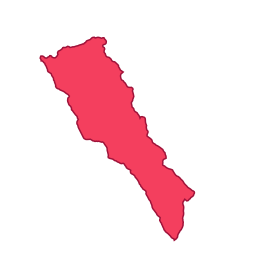 the district of Martinópolis, São Paulo, Brazil, rotated 315°
{"feature_id": "56859067B60497453686777", "entity_name": "Martinópolis", "entity_type": "district", "adm_level": 2, "iso_a3": "BRA", "parent_name": "Brazil", "parent_adm1": "São Paulo", "projection": "robinson", "projection_center": [-51.128, -22.2], "detail": "fine", "context": "isolated", "style": "filled", "palette": "rose", "viewbox_px": 256, "rotation_deg": 315, "n_neighbors": 0, "source": "geoboundaries", "source_scale": "gbopen_adm2", "svg_char_len": 5232}
<svg xmlns="http://www.w3.org/2000/svg" viewBox="0 0 256 256"><g transform="rotate(315 128 128)"><path d="M99.3,85.0L99.0,86.7L97.8,87.0L96.2,87.6L94.8,89.0L94.6,90.3L93.8,91.6L93.2,92.6L89.7,103.3L89.5,104.4L89.8,105.4L90.2,106.4L91.2,107.4L92.3,108.4L93.4,109.3L93.8,110.7L94.0,112.1L94.7,113.1L95.2,114.2L96.3,114.9L96.9,115.9L97.7,116.4L98.4,117.5L98.9,118.5L99.3,119.3L100.1,119.8L100.4,121.1L100.0,122.8L99.7,124.4L99.5,126.0L99.0,127.4L97.5,129.1L97.0,129.9L96.5,130.8L95.2,132.9L94.6,133.6L93.7,134.2L93.1,135.0L93.6,136.6L94.6,138.2L95.3,139.4L95.4,140.7L95.7,142.0L96.4,142.9L96.5,144.4L97.3,146.1L97.5,147.3L98.0,148.4L99.1,149.2L99.8,149.9L99.8,151.1L99.4,152.4L99.3,153.8L98.8,154.9L98.9,156.0L99.1,157.0L99.7,158.4L100.0,159.8L98.9,160.5L98.1,161.7L98.2,163.0L98.7,164.4L98.9,165.8L98.8,167.0L98.3,168.0L98.3,169.5L98.1,170.9L97.9,172.1L97.6,173.1L97.2,174.3L96.5,175.6L96.5,177.1L95.9,178.4L95.8,180.1L95.4,181.8L95.8,183.5L96.0,185.1L95.3,186.4L94.2,187.2L93.7,188.6L93.3,190.3L92.7,192.1L92.2,193.6L92.1,195.2L91.8,196.1L91.3,196.9L90.8,198.2L90.2,199.6L89.1,201.1L88.7,202.1L88.4,203.2L88.3,204.4L88.1,205.8L87.9,207.2L87.7,208.6L87.2,209.7L87.1,211.0L87.3,212.7L87.4,214.1L86.5,214.8L85.6,215.3L85.0,215.9L84.8,216.8L84.4,217.8L84.3,219.0L83.7,220.0L83.4,221.1L82.8,222.4L82.4,223.7L82.0,224.7L81.5,225.5L81.6,226.4L81.2,227.6L81.3,229.1L81.5,230.1L81.6,231.3L81.6,233.0L81.6,234.3L81.3,235.9L81.4,237.3L82.1,238.7L81.3,240.1L82.5,240.3L83.8,240.5L85.2,240.3L86.0,240.1L86.8,239.4L87.9,238.7L88.9,238.4L89.9,238.1L91.1,237.9L92.0,237.5L92.9,237.5L93.7,237.5L94.9,237.1L96.2,236.7L97.2,236.2L98.3,235.6L99.2,234.6L100.0,234.1L100.7,233.3L101.3,232.3L102.1,231.5L102.7,230.5L104.2,229.5L105.7,228.8L106.7,228.0L107.7,226.9L108.3,226.0L109.2,225.2L110.0,224.6L111.1,223.7L112.1,222.5L112.5,221.5L113.3,220.2L114.3,219.4L115.1,219.1L116.0,219.0L116.9,218.7L117.8,218.5L117.9,220.0L118.0,221.1L119.1,221.8L120.1,221.8L121.1,221.7L122.1,222.0L123.1,221.6L124.0,221.8L125.5,222.1L126.6,222.0L127.5,221.5L129.1,220.9L129.7,220.0L129.7,218.9L129.2,217.9L129.1,217.0L129.0,215.5L128.8,214.3L128.5,213.3L128.3,212.1L128.5,210.7L128.5,209.6L128.5,208.0L128.6,206.8L129.0,205.4L129.3,204.0L129.3,203.0L129.2,202.0L129.4,199.9L129.2,197.9L128.6,196.6L128.4,195.3L128.6,193.6L129.1,191.5L129.4,190.3L129.8,189.1L129.3,187.9L128.9,187.1L128.1,185.8L127.5,184.4L127.2,183.2L127.0,181.8L127.0,180.8L126.3,179.1L127.0,177.9L127.9,177.4L129.2,175.9L130.1,175.5L131.6,175.5L132.6,176.0L133.6,176.3L135.0,174.7L135.3,173.8L135.9,172.7L136.7,171.5L136.6,170.2L136.9,169.0L137.4,167.8L137.2,166.5L136.9,164.3L136.5,162.3L136.2,161.2L135.7,160.0L135.7,158.4L135.2,156.9L135.2,155.4L136.1,153.9L136.5,152.8L136.4,151.5L136.3,150.4L136.0,149.1L135.8,147.2L136.6,146.3L138.4,145.5L139.2,145.1L139.8,144.4L140.0,142.4L141.6,140.2L142.8,139.5L143.9,137.1L144.6,136.1L145.2,135.4L146.3,134.2L147.0,133.2L147.1,132.0L146.6,131.1L146.0,129.9L144.8,129.1L143.5,129.5L144.3,127.9L144.7,126.3L144.8,125.2L145.2,123.6L144.9,122.5L144.6,121.3L144.8,119.9L145.7,118.4L145.8,117.4L145.7,116.1L146.7,114.7L147.6,113.3L148.4,112.4L149.6,112.1L150.6,111.9L151.6,111.1L152.6,110.7L154.4,109.8L155.6,108.0L156.3,106.8L156.9,105.8L157.3,105.0L158.1,104.5L158.9,104.2L159.4,103.3L159.2,101.7L158.5,101.1L157.9,100.5L157.1,99.5L156.7,98.3L157.4,95.7L157.8,94.4L157.7,92.9L158.0,91.2L157.5,89.7L157.9,88.1L158.9,86.6L159.7,85.7L161.0,84.9L162.1,84.8L162.9,85.0L164.2,85.0L163.6,81.7L164.0,80.4L164.3,79.5L164.6,78.0L165.5,77.0L165.6,75.8L165.5,74.3L165.5,72.5L165.2,71.5L164.4,70.5L164.1,68.9L164.7,67.4L164.7,65.8L164.5,64.6L163.5,63.1L163.3,61.8L163.8,60.5L164.4,59.5L164.5,58.5L164.7,57.5L165.5,56.7L166.5,56.0L167.4,55.7L168.0,54.4L167.7,52.8L168.5,51.8L169.6,51.7L170.7,52.4L171.6,52.6L172.5,52.5L173.2,52.0L174.0,51.3L174.3,50.4L174.4,48.5L174.8,47.2L174.0,46.4L172.6,45.7L172.1,44.4L171.6,43.6L170.9,42.6L169.6,41.8L168.4,41.1L168.4,40.1L167.3,39.1L166.1,38.7L164.8,38.7L163.7,38.7L161.7,37.7L160.2,37.1L158.3,37.5L157.5,37.1L156.1,37.2L155.2,36.4L154.2,36.1L152.9,35.3L151.9,34.8L150.7,34.4L149.7,33.7L148.4,33.0L147.3,32.5L146.3,31.5L145.0,30.8L143.9,30.0L143.8,28.7L143.0,27.5L141.9,27.3L141.0,27.0L140.1,26.3L139.5,25.5L138.7,25.1L137.8,25.4L136.4,25.3L135.2,25.2L133.9,24.7L132.8,24.4L131.2,25.1L130.5,26.4L128.8,26.9L127.4,27.0L126.2,26.9L125.5,26.3L124.9,25.4L124.4,24.3L124.7,23.2L124.5,22.2L123.8,21.5L122.8,21.8L121.7,21.3L120.5,21.2L119.6,20.8L118.8,19.4L118.9,18.0L118.5,16.8L117.8,16.0L117.1,15.5L115.3,16.5L114.8,18.3L114.0,19.1L114.8,20.0L114.9,21.1L114.7,22.2L114.9,23.4L114.2,24.6L114.0,25.8L113.6,27.0L113.1,28.0L112.7,29.1L112.3,29.9L111.6,30.7L111.3,31.6L111.5,32.6L111.8,34.0L112.1,35.2L111.3,36.8L110.9,38.1L110.8,39.1L110.5,40.0L109.9,40.8L109.3,41.5L109.2,42.6L108.4,43.8L108.0,44.7L107.6,45.7L107.0,46.7L106.1,47.6L105.8,49.1L106.1,50.5L106.8,51.7L106.8,52.6L107.2,53.8L107.9,55.5L108.4,56.9L108.6,58.2L108.7,59.5L108.9,60.5L109.3,61.9L109.1,64.0L108.2,64.4L106.8,64.3L105.9,64.9L104.7,65.9L103.9,67.0L103.6,68.0L103.1,68.8L102.8,69.6L102.6,70.6L102.8,71.8L102.2,73.9L101.4,74.6L100.9,75.4L101.1,76.4L100.8,77.5L100.5,79.6L100.2,81.7L100.3,83.1L100.0,84.4L99.3,85.0Z" fill="#f43f5e" stroke="#9f1239" stroke-width="1.5"/></g></svg>